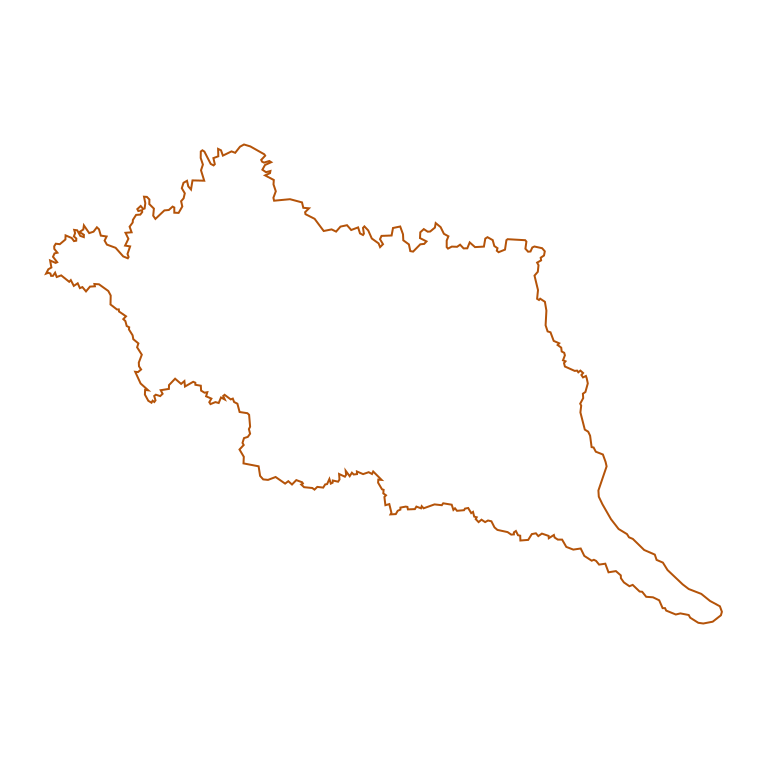 the district of Phuthiatsana, Berea, Lesotho
{"feature_id": "5366337B52577174059761", "entity_name": "Phuthiatsana", "entity_type": "district", "adm_level": 2, "iso_a3": "LSO", "parent_name": "Lesotho", "parent_adm1": "Berea", "projection": "albers", "projection_center": [27.866, -29.128], "detail": "fine", "context": "isolated", "style": "outline", "palette": "amber", "viewbox_px": 768, "rotation_deg": 0, "n_neighbors": 0, "source": "geoboundaries", "source_scale": "gbopen_adm2", "svg_char_len": 6064}
<svg xmlns="http://www.w3.org/2000/svg" viewBox="0 0 768 768"><path d="M721.9,611.8L719.9,606.3L710.1,601.0L701.3,593.9L688.7,589.0L682.7,584.4L667.5,570.0L662.9,562.6L656.6,559.9L654.8,554.6L644.2,550.0L632.8,538.9L629.0,537.3L627.0,534.1L618.6,529.0L611.0,519.2L602.4,504.2L598.8,496.7L598.4,490.5L606.6,466.4L605.6,462.0L602.9,454.5L595.8,451.7L593.6,447.5L591.6,447.1L590.1,435.7L588.2,431.7L584.8,429.6L580.4,412.4L581.2,405.6L580.2,403.7L583.2,398.1L582.9,393.7L585.4,392.0L587.8,383.4L586.7,378.2L585.9,376.0L583.0,377.4L581.4,375.0L583.1,373.0L580.4,370.6L578.3,372.3L577.1,370.6L574.7,370.9L564.9,366.5L564.0,363.1L565.5,361.3L563.0,360.3L564.9,355.3L564.2,352.8L561.7,351.5L561.2,347.6L557.6,345.0L559.2,343.3L553.7,340.9L550.5,332.3L547.6,331.4L545.6,325.3L546.4,310.6L544.9,301.8L540.2,298.7L539.0,300.0L537.1,298.8L538.0,290.1L534.5,275.6L537.8,271.8L538.5,265.2L537.1,262.6L541.1,260.4L540.7,257.7L544.0,255.5L544.8,251.3L542.1,248.2L534.4,246.5L532.3,247.5L530.5,251.5L528.1,251.7L525.4,248.7L526.4,241.6L525.2,240.2L507.6,239.2L506.4,240.2L505.0,249.6L498.6,252.2L496.8,250.7L497.5,248.2L494.3,246.0L492.7,240.1L487.5,237.2L485.3,238.6L483.9,246.6L475.0,247.1L469.7,242.4L467.3,248.3L463.6,248.4L460.1,244.7L457.1,246.8L451.8,246.6L448.0,248.6L446.7,247.1L446.7,240.6L448.4,236.3L443.9,233.8L440.6,227.1L435.7,223.1L434.9,227.6L430.2,231.5L427.7,231.7L423.8,229.1L420.3,232.3L420.0,238.1L426.5,241.4L424.2,243.9L420.3,244.3L413.1,251.6L410.3,251.1L408.9,244.4L403.3,240.3L403.0,234.3L400.2,226.5L393.0,228.0L391.6,235.5L381.5,235.9L380.0,239.2L383.0,244.2L380.1,247.1L378.6,243.4L371.8,238.5L368.2,230.4L364.4,226.4L363.0,227.9L363.9,233.7L363.0,235.0L360.0,233.4L358.1,227.4L351.2,230.0L347.0,225.2L340.5,226.6L336.1,231.6L331.6,229.4L323.7,231.0L314.6,218.8L305.5,214.2L305.1,212.2L309.0,208.3L303.3,207.8L302.0,202.4L290.0,199.2L274.1,200.7L273.4,197.8L275.8,191.3L273.5,184.4L273.8,180.0L265.1,175.4L270.0,173.1L270.4,171.0L266.0,172.2L262.4,169.7L265.0,165.0L271.2,162.2L269.3,161.0L264.0,162.6L262.1,161.7L261.2,159.9L265.2,155.7L264.3,154.3L250.3,146.4L244.0,144.5L240.0,146.7L235.2,152.8L231.5,151.4L222.9,155.6L221.0,150.3L218.1,148.9L218.3,156.3L213.4,158.1L214.8,164.2L213.6,165.4L210.7,163.9L204.4,151.6L202.4,150.3L200.8,151.5L200.7,158.0L202.9,164.6L201.0,170.3L204.2,180.7L192.5,180.4L191.0,189.5L188.3,186.4L187.0,180.8L183.5,182.8L181.8,188.2L184.8,193.3L183.6,198.4L181.1,201.2L182.3,206.5L178.6,212.9L174.3,212.7L174.3,207.5L172.6,206.6L168.8,210.0L164.4,210.4L155.4,218.9L153.2,215.7L153.9,208.6L149.3,204.1L149.4,199.5L146.9,196.9L144.0,196.7L145.3,203.2L144.6,208.5L143.2,209.0L140.7,206.0L137.3,209.1L138.3,211.0L142.1,210.2L142.2,212.1L140.3,214.6L136.1,214.9L132.9,219.9L132.7,222.5L129.6,226.7L131.6,232.3L125.5,232.8L128.4,238.8L125.1,245.6L130.1,246.4L127.5,254.0L128.6,257.0L127.8,258.3L123.2,256.4L115.6,247.8L106.9,244.6L104.6,240.6L106.6,236.5L100.8,235.6L99.0,229.3L96.9,227.3L93.5,231.7L89.2,233.1L83.9,225.4L83.3,229.5L79.5,232.0L83.9,234.8L83.8,237.1L80.3,235.9L77.2,230.3L74.2,229.9L75.1,233.1L73.9,236.4L76.3,238.5L76.2,240.7L74.0,241.1L71.7,238.0L65.6,235.4L65.4,239.5L59.8,244.2L55.8,243.7L54.2,246.3L54.3,248.9L57.4,252.7L54.5,253.4L53.0,256.8L57.2,262.2L55.6,262.9L50.1,260.5L51.4,267.5L48.3,269.3L46.1,273.6L48.3,272.8L50.4,273.5L51.1,275.9L52.9,275.9L55.1,272.7L56.7,277.0L61.2,275.4L69.2,281.8L70.8,280.1L73.8,285.9L77.7,283.3L79.9,288.1L82.4,287.1L86.0,291.4L90.0,286.6L94.9,286.3L94.4,284.0L99.0,284.3L108.3,291.0L110.7,295.5L110.5,304.5L117.0,309.5L118.8,309.4L119.0,311.5L126.0,316.3L123.3,319.1L125.4,321.1L126.7,326.0L129.2,327.3L128.9,329.4L132.6,335.3L133.3,339.2L138.4,343.4L137.1,347.3L141.8,354.7L138.8,362.6L139.0,366.3L141.1,369.5L138.0,372.1L135.2,371.8L140.6,383.5L148.2,390.3L145.1,389.9L144.9,394.6L148.3,400.8L151.5,402.7L152.6,400.7L154.3,402.0L155.5,400.4L154.2,396.0L155.8,394.7L160.2,396.1L162.6,393.8L160.7,390.2L168.9,388.9L169.0,385.1L175.1,378.7L181.1,383.9L184.4,381.1L185.0,386.5L193.2,381.8L195.3,382.7L195.4,384.8L200.8,385.7L201.1,390.6L204.5,392.7L207.3,392.2L206.1,396.3L211.4,398.6L209.3,402.2L210.5,404.1L215.4,402.1L218.7,403.0L221.0,397.5L224.8,399.5L223.2,396.0L224.6,394.8L230.7,399.4L232.8,398.6L234.1,402.0L237.4,403.7L239.6,412.0L247.4,413.2L249.1,414.8L250.1,426.7L248.9,429.1L250.1,433.7L247.8,436.9L244.0,438.1L242.5,442.9L243.7,445.0L239.5,449.5L243.8,456.8L243.5,463.4L258.6,466.3L260.1,475.9L263.2,479.4L268.0,479.9L275.6,477.0L285.1,483.6L288.3,481.2L292.0,484.5L296.3,480.1L302.2,482.3L302.9,483.5L301.2,484.5L304.1,487.2L312.3,488.0L314.5,489.6L317.3,486.9L323.2,487.6L325.2,484.4L327.1,484.1L329.4,479.0L330.8,483.6L332.6,482.7L332.8,480.5L338.1,481.7L339.5,479.5L339.1,474.0L344.9,476.7L346.1,474.8L345.7,470.8L349.7,476.2L351.9,472.7L353.7,474.5L357.0,474.1L356.9,471.5L363.1,474.1L368.7,472.2L372.0,474.0L373.2,471.5L381.6,479.9L378.3,479.6L378.1,482.7L382.0,489.3L383.6,489.8L383.3,493.4L386.0,495.3L384.4,497.0L385.4,505.2L389.3,504.1L391.4,512.7L390.5,514.4L395.8,514.1L397.7,510.8L400.4,509.6L400.4,507.6L405.7,506.6L407.4,506.9L407.9,509.4L414.9,509.1L416.4,506.6L421.0,508.3L421.7,506.2L423.6,508.3L434.5,504.4L441.8,505.2L443.2,503.3L451.7,504.7L453.4,509.9L455.0,508.3L457.0,510.8L464.0,510.2L465.0,508.6L468.2,508.0L471.2,513.1L473.0,511.9L474.2,516.6L476.7,517.3L475.7,519.1L478.6,522.1L481.5,519.7L485.1,522.1L488.0,520.5L491.4,521.3L494.5,527.4L497.4,529.9L507.6,532.1L511.2,534.6L513.9,534.4L513.9,532.4L515.9,531.0L518.0,535.2L520.2,535.7L520.4,540.5L528.2,539.9L531.8,534.1L535.9,533.3L538.3,536.1L541.9,533.6L548.6,535.9L548.8,538.2L553.9,535.0L554.6,537.5L557.8,539.6L562.1,539.6L566.3,546.9L573.3,549.6L580.7,548.5L584.3,555.9L591.7,560.7L593.9,559.8L596.1,560.9L599.1,564.6L605.3,563.7L608.5,572.3L615.9,571.1L620.8,575.4L620.9,578.2L623.9,582.4L629.4,586.2L632.7,584.9L639.6,591.5L642.2,591.8L646.2,596.8L653.0,597.3L659.2,600.3L662.6,608.1L665.0,608.1L666.2,610.6L675.8,614.5L680.4,613.4L688.7,615.0L690.2,617.7L698.3,622.8L703.3,623.5L712.7,621.7L720.9,615.3L721.9,611.8Z" fill="none" stroke="#b45309" stroke-width="2"/></svg>